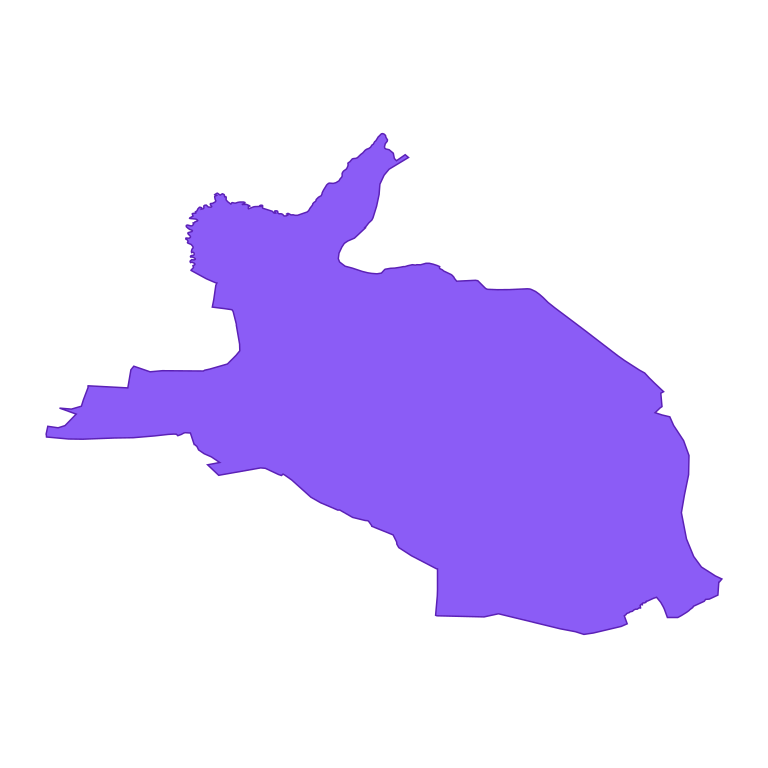 Kuldīga, Kuldigas, Latvia
{"feature_id": "27541924B54151317600079", "entity_name": "Kuldīga", "entity_type": "district", "adm_level": 2, "iso_a3": "LVA", "parent_name": "Latvia", "parent_adm1": "Kuldigas", "projection": "natural_earth1", "projection_center": [21.956, 56.971], "detail": "fine", "context": "isolated", "style": "filled", "palette": "violet", "viewbox_px": 768, "rotation_deg": 0, "n_neighbors": 0, "source": "geoboundaries", "source_scale": "gbopen_adm2", "svg_char_len": 6116}
<svg xmlns="http://www.w3.org/2000/svg" viewBox="0 0 768 768"><path d="M435.6,615.3L437.0,615.8L484.1,616.9L498.3,613.8L499.0,613.9L560.2,628.8L575.4,631.7L583.9,634.4L593.4,633.0L621.3,626.4L627.2,623.8L624.3,615.8L626.0,614.6L626.7,613.5L629.4,612.5L629.9,611.9L632.4,611.3L634.0,609.9L635.5,609.2L637.2,609.2L639.3,607.8L640.2,608.1L640.6,607.9L640.1,605.4L640.8,604.6L641.4,604.3L642.1,604.9L642.4,604.8L642.4,603.4L643.2,602.9L644.0,603.0L645.9,602.4L645.9,601.7L646.4,601.2L647.4,601.1L653.5,598.3L656.6,597.3L660.7,602.3L663.2,606.7L664.3,609.0L667.4,617.5L677.8,617.5L681.5,615.5L686.8,612.2L689.1,610.5L689.8,609.7L692.8,607.5L693.4,606.3L704.2,601.3L705.6,599.4L709.3,599.1L717.9,595.1L718.8,582.2L719.3,582.1L721.9,579.0L715.3,575.9L701.4,567.0L693.7,556.5L686.5,539.0L681.4,512.7L684.4,495.2L688.6,474.7L689.0,455.5L683.6,440.6L673.6,425.4L669.8,416.8L662.2,415.0L655.1,412.7L660.0,408.0L662.0,406.6L660.8,393.2L663.6,391.7L654.4,383.0L649.0,377.7L644.7,373.0L639.6,370.2L632.9,365.9L624.5,360.5L617.6,355.6L582.7,328.8L554.9,307.9L548.1,302.5L543.4,297.8L539.3,294.2L535.6,291.5L531.4,289.5L529.9,289.0L527.4,288.8L509.5,289.6L497.3,289.7L487.5,289.3L486.0,288.7L484.9,287.8L477.8,280.7L475.5,280.3L456.7,281.2L454.4,278.3L453.9,277.2L452.3,275.4L451.1,274.5L443.7,271.0L442.3,269.8L439.8,268.6L439.4,267.8L439.7,266.6L437.2,265.5L433.2,264.2L429.4,263.3L425.9,263.3L420.5,264.8L416.8,264.7L415.4,265.1L412.4,264.7L407.8,265.7L405.0,266.6L403.4,266.6L400.5,267.2L394.7,268.1L390.4,268.3L385.3,269.2L384.7,269.5L381.4,273.1L377.0,273.8L371.7,273.4L367.8,272.8L362.2,271.4L352.3,268.1L345.1,266.2L339.6,262.0L338.3,258.7L339.0,253.2L341.9,247.0L344.3,243.4L347.8,241.0L354.5,238.1L365.4,227.9L364.8,227.6L366.4,226.0L368.8,222.9L371.8,220.1L373.0,217.8L376.6,206.2L379.1,194.5L379.9,184.2L384.1,175.2L389.1,169.2L408.5,157.5L405.2,154.7L396.5,160.7L394.9,159.1L394.3,158.2L393.3,153.2L389.1,149.7L385.9,149.0L384.7,148.1L384.5,146.7L385.3,143.7L387.2,141.3L387.5,139.9L385.9,137.3L385.5,135.4L384.1,134.1L382.7,133.6L381.5,133.8L380.5,134.6L379.8,135.5L378.3,136.8L375.9,140.7L374.6,141.8L373.3,144.2L371.9,145.1L370.6,147.2L368.9,148.4L366.5,149.3L365.1,150.3L362.8,152.9L360.7,154.5L357.4,157.7L355.7,158.4L353.9,158.5L352.3,158.9L349.8,161.8L348.1,162.9L347.9,163.4L348.1,164.7L347.9,165.9L347.3,167.4L346.4,169.0L343.6,171.0L342.6,172.3L342.1,173.6L342.2,175.9L341.8,177.0L340.1,178.9L339.0,180.8L335.9,182.7L333.2,183.4L329.4,183.1L328.4,183.4L326.7,184.9L323.5,190.1L322.3,192.5L321.9,194.2L321.2,195.7L318.5,197.2L317.1,198.6L316.2,199.5L316.0,200.6L315.5,201.4L313.9,202.5L312.9,203.6L312.4,205.2L310.1,208.1L308.6,210.7L307.1,212.0L297.5,215.3L295.1,215.3L293.2,214.8L291.1,214.9L288.4,213.5L287.4,213.5L286.7,214.0L287.9,214.7L287.9,215.0L286.4,215.8L284.6,216.0L283.9,215.8L282.6,214.3L281.8,214.0L281.0,213.7L279.1,213.8L278.4,213.4L277.8,212.9L277.7,211.4L277.0,210.9L275.8,210.8L274.8,211.0L274.7,211.4L275.6,213.1L274.5,213.1L273.7,212.8L272.8,211.7L272.1,211.2L263.0,208.3L262.6,208.0L262.5,207.4L262.7,205.9L262.5,205.5L261.9,205.2L260.7,205.2L260.0,205.5L260.8,206.4L254.9,206.6L253.4,206.9L248.6,208.8L248.3,208.6L248.4,206.4L249.8,206.1L249.7,205.8L246.5,204.4L242.5,204.5L242.4,204.3L244.6,203.3L245.0,202.8L244.8,202.4L243.4,202.0L240.1,202.0L238.0,202.3L235.2,203.2L232.2,202.6L231.8,202.8L231.1,203.9L230.7,204.0L227.7,201.7L226.3,200.1L226.1,199.6L226.2,197.4L226.0,196.9L225.8,196.6L224.7,196.8L224.5,196.3L224.3,194.9L224.0,194.5L222.6,193.8L222.1,193.9L220.3,195.0L219.7,194.8L217.5,193.2L216.8,193.3L214.9,194.5L216.5,195.5L214.7,196.2L214.7,197.2L215.2,199.5L215.8,200.8L215.6,201.5L214.7,202.2L212.6,203.3L210.5,203.6L210.3,204.1L210.4,204.8L211.7,206.4L211.5,206.9L210.5,207.2L208.3,207.0L206.3,205.1L204.9,205.2L204.0,205.7L203.8,206.2L203.9,207.7L203.7,208.3L203.3,208.7L201.2,209.2L201.6,207.7L200.0,207.2L199.4,207.3L197.8,209.0L197.0,210.8L195.4,211.9L195.9,212.9L195.4,213.2L193.0,213.4L192.3,213.7L192.3,214.3L192.9,215.6L193.0,216.0L192.6,216.4L190.0,217.7L189.6,218.2L189.9,218.5L195.9,219.1L197.4,220.0L197.7,220.6L197.3,221.0L194.9,221.9L194.6,222.5L193.1,223.0L193.6,223.9L193.2,224.7L192.4,225.5L191.9,225.8L190.9,225.9L187.9,225.1L187.1,225.1L186.4,225.4L186.2,226.0L186.4,226.8L187.9,228.2L189.6,229.4L192.1,230.3L192.4,230.7L192.0,231.5L188.3,232.6L187.9,233.0L187.9,233.4L188.1,233.9L190.3,236.2L190.5,236.7L190.4,237.3L189.4,238.1L188.8,238.2L186.4,238.0L185.9,238.1L185.8,238.5L185.8,239.0L186.1,239.3L187.0,239.6L187.9,240.9L188.0,241.3L187.5,242.7L187.9,243.1L191.2,244.5L192.8,246.4L193.1,247.3L193.1,247.8L192.1,249.0L191.6,250.4L191.4,251.6L191.6,252.6L192.9,252.2L193.6,252.5L194.0,253.0L194.2,253.9L194.1,254.7L193.4,255.3L191.8,255.4L190.9,255.8L190.5,256.3L190.5,256.8L190.7,257.1L192.2,257.0L193.7,257.6L195.1,258.5L195.4,258.9L195.2,259.4L194.6,259.7L193.5,259.9L191.8,259.6L190.2,261.0L190.1,261.8L190.6,262.6L192.0,262.2L194.2,263.2L194.8,263.8L194.9,264.3L194.7,264.8L192.9,265.6L192.9,265.9L193.5,267.0L193.3,267.7L191.0,270.2L191.0,270.4L206.4,278.8L215.4,282.7L216.9,283.0L215.8,285.4L213.8,299.4L212.3,307.1L224.3,308.6L231.9,309.7L233.1,311.4L236.4,324.4L236.3,325.1L239.6,344.1L239.8,350.8L235.9,355.5L227.4,364.0L209.7,369.1L204.7,370.2L203.4,371.0L162.3,370.7L150.1,371.8L133.8,366.2L130.9,369.8L127.8,387.9L88.1,385.8L88.0,386.3L88.1,387.4L83.4,399.8L81.4,406.2L71.4,409.1L59.5,408.1L76.2,414.1L65.0,425.6L58.1,427.8L47.8,426.3L46.1,434.2L46.3,434.6L46.5,437.0L68.6,439.0L82.7,439.2L114.2,438.0L133.3,437.7L154.7,435.9L168.2,434.4L173.5,434.1L176.4,434.2L177.8,435.7L181.4,434.4L183.7,433.1L185.1,432.7L190.4,433.0L194.1,444.3L194.3,444.2L195.1,445.0L196.9,446.4L198.6,449.9L204.1,453.7L211.4,456.9L219.7,462.5L207.6,464.8L218.7,475.3L260.6,467.9L265.3,468.3L278.5,474.5L281.5,475.5L283.0,474.1L284.5,474.9L291.6,479.9L311.0,497.3L320.7,502.8L337.8,510.1L339.7,510.0L352.6,517.4L365.2,520.5L367.7,520.7L368.6,521.3L370.7,524.2L371.8,525.9L371.8,526.3L393.1,534.9L396.6,541.9L396.9,544.3L398.8,547.6L411.5,555.8L436.5,568.8L437.5,568.9L437.5,589.9L437.3,595.9L435.6,615.3Z" fill="#8b5cf6" stroke="#5b21b6" stroke-width="1.5"/></svg>